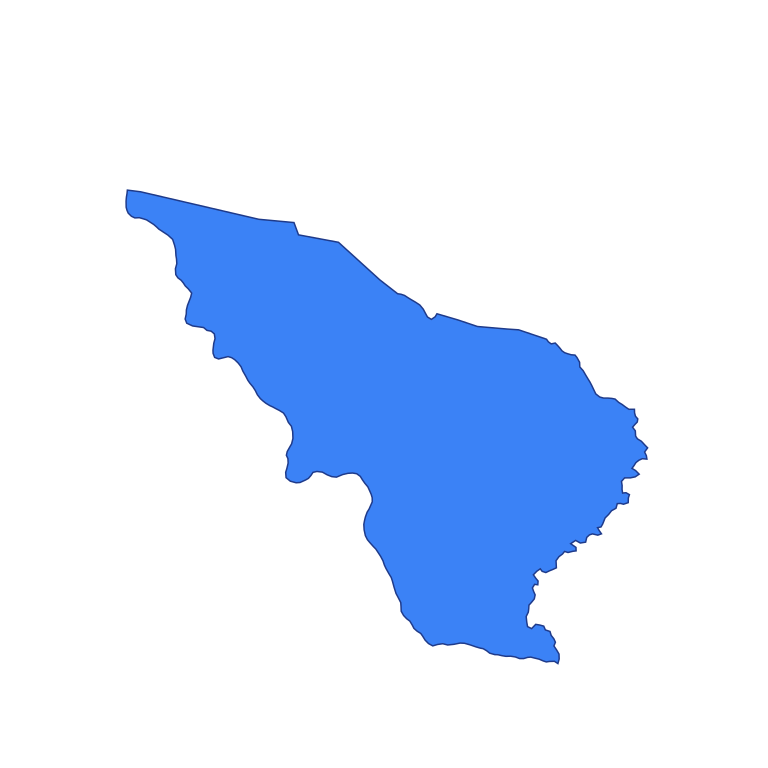 the district of Rafael Jambeiro, Bahia, Brazil, rotated 44°
{"feature_id": "56859067B89791496420122", "entity_name": "Rafael Jambeiro", "entity_type": "district", "adm_level": 2, "iso_a3": "BRA", "parent_name": "Brazil", "parent_adm1": "Bahia", "projection": "mercator", "projection_center": [-39.536, -12.474], "detail": "fine", "context": "isolated", "style": "filled", "palette": "blue", "viewbox_px": 768, "rotation_deg": 44, "n_neighbors": 0, "source": "geoboundaries", "source_scale": "gbopen_adm2", "svg_char_len": 4081}
<svg xmlns="http://www.w3.org/2000/svg" viewBox="0 0 768 768"><g transform="rotate(44 384 384)"><path d="M703.3,464.3L701.0,460.1L697.5,456.7L692.9,455.4L688.2,454.4L686.7,450.7L683.2,449.3L678.9,448.7L675.3,446.7L670.9,448.8L667.1,447.2L663.6,449.1L660.1,451.5L660.1,457.4L655.8,458.8L652.2,456.2L647.8,452.5L646.3,447.9L644.3,445.2L641.9,442.4L641.8,438.8L641.4,434.2L639.2,430.7L636.0,429.4L632.4,427.6L631.5,423.5L634.1,421.6L631.7,418.7L628.2,418.3L624.0,417.5L624.0,412.5L624.8,408.4L627.9,408.9L631.4,407.2L632.9,403.2L634.2,400.3L635.7,396.5L630.5,391.6L629.8,386.6L630.5,382.3L630.2,379.0L633.4,377.4L636.1,373.1L638.1,370.6L635.6,368.2L629.2,369.2L630.5,363.4L635.7,362.0L638.9,357.7L636.4,353.5L636.6,349.8L638.1,347.0L642.8,344.2L644.5,340.7L640.4,339.9L637.4,339.0L639.4,336.1L638.6,332.9L637.3,329.7L636.1,326.8L636.2,321.8L635.7,317.1L637.2,312.2L634.9,308.0L637.1,305.6L639.8,304.1L642.1,299.7L638.9,296.2L637.4,293.1L633.6,294.1L631.4,296.7L628.5,294.5L625.8,291.6L622.5,289.1L622.3,284.4L626.4,280.4L629.2,276.3L630.2,271.6L625.2,271.5L621.0,272.4L620.5,268.9L619.8,265.5L620.3,261.8L621.7,258.3L625.3,255.4L622.5,253.3L618.7,251.9L618.0,246.8L614.5,246.7L608.9,246.4L604.4,247.4L601.2,246.7L597.3,243.1L592.8,242.4L592.6,238.9L592.6,235.4L590.8,232.8L587.3,232.5L584.3,230.7L581.7,228.2L577.7,232.1L573.7,232.8L569.6,233.3L565.6,234.2L560.7,234.3L557.9,236.1L554.7,238.7L551.7,241.6L548.2,243.5L543.2,244.0L538.6,242.3L534.6,240.8L530.7,239.5L526.7,238.5L523.0,237.5L518.1,236.1L513.0,235.7L509.6,232.5L504.4,230.9L501.3,230.5L498.4,232.9L495.0,234.7L492.2,236.0L489.0,236.5L485.6,236.0L481.9,235.7L478.7,235.6L476.4,239.0L472.9,239.5L469.8,238.9L443.2,251.5L434.8,258.6L411.3,277.7L392.6,286.6L373.3,296.7L374.1,300.1L373.2,304.6L368.7,305.6L364.5,304.3L360.3,302.9L354.9,302.3L349.6,303.3L344.7,304.5L341.0,305.3L337.3,306.0L333.9,307.6L331.1,309.6L308.6,312.0L252.8,313.7L218.9,336.1L207.1,330.4L179.5,352.5L75.4,414.8L64.7,422.8L66.9,425.6L68.8,428.4L71.4,431.6L75.8,436.0L78.5,437.6L81.4,438.8L85.8,438.8L89.4,437.6L92.5,434.3L95.9,432.5L99.1,430.9L103.0,430.1L107.6,429.2L111.4,429.0L114.5,429.0L120.8,427.8L125.0,427.0L131.5,426.8L137.0,429.7L140.5,431.9L145.2,436.2L147.9,438.2L151.4,441.4L153.9,446.0L158.3,450.0L162.0,450.8L166.0,450.3L169.4,450.7L172.9,451.5L177.1,451.5L182.5,452.2L184.7,456.0L188.0,463.9L190.4,468.0L193.2,471.1L195.8,475.4L199.9,477.3L206.0,475.2L211.4,471.3L215.0,468.7L219.4,468.4L222.9,466.1L227.1,465.8L230.9,468.7L233.3,473.0L237.5,478.5L239.8,480.7L243.7,482.5L247.6,480.9L250.8,475.8L252.8,472.6L256.1,470.9L259.7,470.2L264.5,470.2L269.2,470.9L273.6,472.8L279.4,474.5L283.5,475.9L287.0,476.6L291.7,477.1L295.9,478.1L300.4,479.7L305.2,480.4L308.5,480.3L312.4,479.9L316.8,478.9L319.9,477.8L323.2,476.9L327.1,475.7L331.9,474.7L336.2,475.7L342.0,478.1L346.7,478.7L351.4,481.7L356.3,486.4L359.1,491.2L360.1,495.2L361.3,499.8L363.3,503.1L366.7,504.4L370.0,507.5L372.9,512.4L374.6,515.8L378.6,519.4L384.1,519.0L389.4,516.1L392.0,513.2L394.2,507.7L395.2,504.4L395.0,500.6L394.3,496.9L396.5,493.5L400.9,490.2L406.2,488.8L410.8,486.9L414.5,484.0L417.2,477.8L420.1,473.3L423.2,469.9L426.7,467.5L431.1,466.9L435.0,467.9L439.1,468.7L443.8,469.2L448.4,471.0L451.5,472.3L454.5,474.0L457.4,476.9L460.1,484.2L460.9,487.9L463.0,492.6L465.0,496.0L467.0,499.0L471.0,502.7L475.9,506.0L480.2,507.5L483.9,507.9L489.2,508.3L492.8,508.4L497.7,509.5L501.2,510.3L506.1,511.9L510.1,514.0L513.5,515.3L519.2,517.0L523.7,518.2L526.9,519.9L532.6,523.3L538.1,526.3L542.4,527.7L547.9,529.6L551.0,532.4L554.2,535.5L558.9,536.9L563.3,537.1L567.3,536.6L571.8,537.8L575.3,539.0L579.6,538.8L583.7,537.9L586.9,538.5L591.6,539.7L596.3,539.8L601.0,538.5L603.5,534.1L606.7,530.0L611.1,527.5L615.1,522.7L618.7,517.5L622.0,514.6L627.0,511.9L632.6,509.3L636.6,507.2L639.2,505.5L643.0,504.6L647.0,504.2L651.7,501.7L654.0,499.6L657.4,497.6L660.9,495.2L664.1,491.9L668.1,489.1L672.3,487.3L675.2,484.5L677.2,480.9L679.3,478.5L682.8,476.5L686.7,474.2L690.9,472.6L693.8,471.2L695.7,468.7L699.2,465.1L703.3,464.3Z" fill="#3b82f6" stroke="#1e3a8a" stroke-width="1.5"/></g></svg>